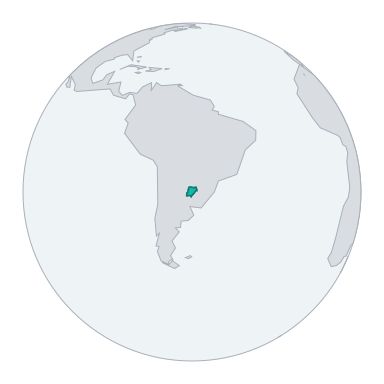 Corrientes highlighted on a globe, orthographic projection
{"feature_id": "ARG-1308", "entity_name": "Corrientes", "entity_type": "Province", "adm_level": 1, "iso_a3": "ARG", "parent_name": "Argentina", "parent_adm1": "", "projection": "orthographic", "projection_center": [-57.567, -29.002], "detail": "fine", "context": "on_globe", "style": "filled", "palette": "teal", "viewbox_px": 384, "rotation_deg": 0, "n_neighbors": 0, "source": "natural_earth", "source_scale": "10m", "svg_char_len": 5052}
<svg xmlns="http://www.w3.org/2000/svg" viewBox="0 0 384 384"><circle cx="192" cy="192" r="169" fill="#eef3f6" stroke="#a8b0b8"/><path d="M142.4,30.5L151.6,28.2L150.0,29.0L151.8,29.4L155.1,28.2L155.0,27.6L161.7,26.0L160.7,26.0L162.2,25.7L174.8,23.9L174.3,24.0L176.4,23.9L181.8,23.4L185.1,23.7L195.2,24.6L195.4,25.1L187.4,26.1L175.4,26.6L164.9,29.7L177.6,27.0L177.9,29.0L180.5,29.3L183.9,29.0L186.1,28.1L187.4,28.9L175.4,31.4L174.0,30.7L177.8,29.8L172.2,30.3L164.1,32.8L164.9,34.0L151.8,37.9L152.2,39.0L149.6,40.7L149.8,38.6L149.2,42.8L133.9,51.0L132.7,60.7L127.5,54.5L121.7,55.3L114.5,57.7L114.2,59.2L105.2,61.4L96.0,68.2L91.0,77.8L92.8,83.5L103.0,79.8L106.8,74.7L114.6,71.4L107.4,84.3L120.9,82.0L118.7,91.4L122.4,95.4L129.6,92.4L136.9,93.4L142.6,86.9L151.6,82.6L151.3,90.3L156.6,82.6L161.4,85.8L179.5,84.3L178.0,86.1L193.2,95.2L210.3,100.0L214.3,106.4L212.2,110.1L218.3,111.7L218.4,114.3L243.0,121.4L255.9,130.6L255.7,140.3L245.3,149.9L236.8,174.4L218.4,181.0L214.4,191.9L201.1,208.0L189.9,206.5L193.8,215.2L188.2,220.5L181.1,221.1L180.5,227.5L175.3,227.8L179.2,231.9L172.0,241.0L175.5,248.0L170.5,255.6L173.0,259.8L170.7,259.9L168.6,261.8L168.8,264.3L161.1,261.0L157.4,251.5L159.1,246.4L156.0,246.0L159.4,233.2L156.5,236.0L154.8,218.5L157.8,204.1L157.3,166.7L153.3,160.2L140.3,154.2L124.5,133.2L128.2,123.1L125.0,119.5L135.6,105.1L133.1,94.8L129.5,94.0L125.6,98.8L113.6,95.3L110.0,88.9L76.7,91.5L74.1,90.0L75.4,84.7L71.3,76.4L69.8,87.3L66.9,87.1L65.9,84.3L68.1,81.7L69.7,76.8L68.0,77.5L70.6,74.5L79.3,66.1L88.7,58.3L98.6,51.2L108.9,44.9L119.7,39.3L130.9,34.5L142.4,30.5ZM131.1,64.7L146.7,67.1L137.2,69.5L139.1,68.1L135.3,66.6L128.0,66.2L119.8,69.4L131.1,64.7ZM139.7,57.1L136.9,57.3L139.7,56.7L139.7,57.1ZM174.5,268.5L162.0,262.5L168.8,264.9L172.3,260.7L179.3,265.7L174.5,268.5ZM185.4,257.7L190.2,255.6L191.7,256.8L188.7,258.6L185.4,257.7ZM321.7,83.8L322.1,84.2L322.8,85.0L330.3,95.0L337.1,105.5L343.1,116.4L348.3,127.8L352.6,139.6L356.1,151.6L358.6,163.8L360.2,176.2L360.9,188.7L360.7,201.2L359.6,213.6L357.5,225.9L354.6,238.1L352.9,243.5L350.9,245.2L346.0,256.3L344.2,256.3L340.8,262.1L336.5,265.5L331.2,266.6L327.7,258.5L331.4,252.4L335.7,237.7L343.3,206.5L348.4,197.0L349.8,187.4L346.8,162.0L347.7,152.6L345.9,146.6L342.7,144.5L340.1,137.5L337.8,135.5L320.3,127.8L312.4,117.7L296.9,93.7L298.2,87.7L294.0,79.2L299.5,64.4L305.7,68.9L314.4,75.5L321.7,83.8ZM300.3,62.3L303.6,66.5L300.1,64.6L293.5,60.1L284.0,51.2L292.9,56.5L291.3,55.3L300.3,62.3ZM303.5,73.5L304.8,75.7L303.5,73.5ZM180.1,84.1L182.2,85.6L179.3,85.7L180.1,84.1ZM135.5,72.5L138.9,72.0L140.6,72.7L137.9,73.6L135.5,72.5ZM165.5,68.5L169.6,68.7L165.1,69.6L165.5,68.5ZM149.2,67.5L162.1,68.6L153.5,71.5L145.4,71.1L151.2,69.7L149.2,67.5ZM137.3,60.9L139.4,60.9L138.5,62.2L137.3,60.9ZM141.7,56.8L140.9,57.0L140.0,56.4L141.7,56.8ZM178.7,28.9L179.7,28.7L183.0,28.6L181.1,29.1L178.7,28.9ZM199.4,27.2L201.1,28.5L198.6,27.6L196.4,28.2L188.3,27.5L195.1,25.3L193.5,26.3L199.4,27.2ZM179.5,26.5L183.8,26.8L178.8,26.6L179.5,26.5ZM212.6,24.3L209.5,23.9L212.6,24.3ZM281.8,335.1L278.3,337.2L279.9,336.2L281.8,335.1ZM340.5,272.7L340.2,273.1L342.0,269.4L345.8,261.7L348.1,256.6L340.5,272.7Z" fill="#d9dde1" stroke="#a8b0b8" stroke-width="1"/><path d="M190.2,186.9L190.5,186.9L190.8,186.9L191.0,186.9L191.2,187.0L191.4,187.0L191.6,187.1L192.1,187.3L192.5,187.3L192.9,187.4L192.9,187.5L193.0,187.5L193.3,187.5L193.5,187.4L193.8,187.4L194.0,187.5L194.3,187.5L194.4,187.4L194.5,187.4L194.8,187.6L195.0,187.8L195.2,187.7L195.3,187.6L195.4,187.4L195.4,187.2L195.5,187.2L195.8,187.0L196.1,187.1L196.1,187.3L196.1,187.5L196.4,188.2L196.5,188.3L196.5,188.7L196.5,188.8L196.6,189.0L196.8,189.3L197.0,189.5L196.9,189.7L196.7,189.7L196.7,189.8L196.8,189.9L196.9,190.0L196.9,190.3L196.8,190.2L196.7,190.1L196.4,190.1L196.3,190.3L196.3,190.5L196.2,190.5L196.0,190.8L195.8,191.0L195.6,191.3L195.4,191.3L195.3,191.7L195.2,191.8L195.0,192.0L194.9,192.2L194.7,192.3L194.4,192.5L194.3,192.8L194.3,193.0L194.2,193.0L194.0,193.3L193.9,193.3L193.7,193.6L193.5,193.8L193.4,194.0L193.2,194.2L193.2,194.3L192.9,194.3L192.7,194.4L192.7,194.5L192.6,194.8L192.4,195.1L192.2,195.4L192.0,195.5L191.9,195.5L191.8,195.8L191.3,196.4L191.2,196.5L191.2,196.8L191.3,196.9L191.3,197.0L191.2,197.0L190.9,196.7L190.8,196.4L190.8,196.2L190.7,196.2L190.4,195.9L190.3,195.7L190.2,195.6L189.7,195.5L189.5,195.4L189.4,195.4L189.0,195.5L188.9,195.6L188.7,195.6L188.4,195.6L188.2,195.6L188.0,195.8L187.9,195.9L187.7,196.0L187.5,195.9L187.4,195.9L187.2,195.9L186.9,196.0L186.7,196.0L186.6,195.9L186.7,195.7L186.7,195.4L186.8,195.2L186.7,194.8L186.6,194.6L186.7,194.3L186.8,193.9L186.8,193.3L186.8,193.2L186.9,192.8L186.9,192.7L187.0,192.6L187.4,192.5L187.5,192.4L187.7,192.2L187.8,192.2L187.8,191.8L187.8,191.7L187.9,191.4L187.9,191.2L188.0,191.0L188.1,190.9L188.1,190.6L188.1,190.3L188.1,190.2L188.1,189.9L188.0,189.7L188.2,189.4L188.3,189.4L188.5,189.3L188.6,189.2L188.7,188.8L188.7,188.6L188.7,188.4L188.7,188.2L188.6,187.9L188.6,187.7L188.8,187.3L189.1,187.2L189.3,187.0L189.5,186.9L190.2,186.9Z" fill="#14b8a6" stroke="#0f766e" stroke-width="1.5"/></svg>